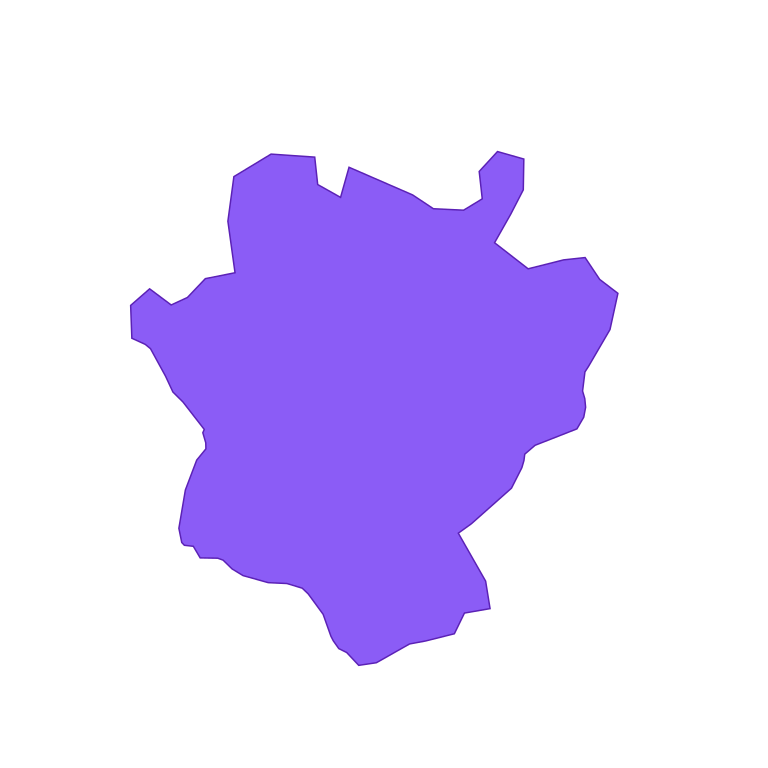 an SVG outline of Talsi, rotated 335°
{"feature_id": "LVA-1091", "entity_name": "Talsi", "entity_type": "Municipality", "adm_level": 1, "iso_a3": "LVA", "parent_name": "Latvia", "parent_adm1": "", "projection": "albers", "projection_center": [22.585, 57.256], "detail": "fine", "context": "isolated", "style": "filled", "palette": "violet", "viewbox_px": 768, "rotation_deg": 335, "n_neighbors": 0, "source": "natural_earth", "source_scale": "10m", "svg_char_len": 1155}
<svg xmlns="http://www.w3.org/2000/svg" viewBox="0 0 768 768"><g transform="rotate(335 384 384)"><path d="M585.1,221.3L605.8,239.2L592.3,266.9L570.7,283.6L543.9,302.7L563.3,340.5L599.2,347.4L619.7,354.4L623.7,380.4L634.3,400.7L611.8,430.2L576.9,454.4L571.2,458.0L561.0,474.3L559.8,482.1L556.9,490.3L551.0,498.5L539.9,506.2L495.0,503.4L481.9,507.1L478.5,512.5L473.6,518.1L455.5,532.3L404.1,547.6L388.3,550.6L392.8,605.6L385.2,632.4L360.1,625.6L342.2,640.1L313.2,634.5L297.3,630.4L259.3,633.4L242.2,628.3L236.7,611.6L231.2,604.7L229.5,595.3L229.3,590.1L231.5,567.0L226.6,542.2L223.6,534.5L211.7,523.8L195.1,515.1L175.3,498.1L168.2,487.5L163.7,475.6L159.7,471.6L143.9,463.9L142.6,450.5L134.9,445.8L133.7,442.2L137.1,428.1L159.2,396.1L182.1,373.8L195.2,367.5L197.6,362.0L199.2,351.6L201.9,349.2L194.2,315.4L189.3,302.1L189.3,284.6L187.3,253.3L184.3,247.1L174.8,236.0L187.6,205.7L211.8,198.7L224.5,222.4L242.4,222.5L266.6,213.0L296.0,220.2L311.3,170.5L335.6,132.6L378.8,127.9L417.1,149.1L408.2,175.2L423.5,196.5L443.9,172.8L489.9,224.8L502.8,246.0L529.6,260.1L551.3,257.7L560.1,231.6L585.1,221.3Z" fill="#8b5cf6" stroke="#5b21b6" stroke-width="1.5"/></g></svg>